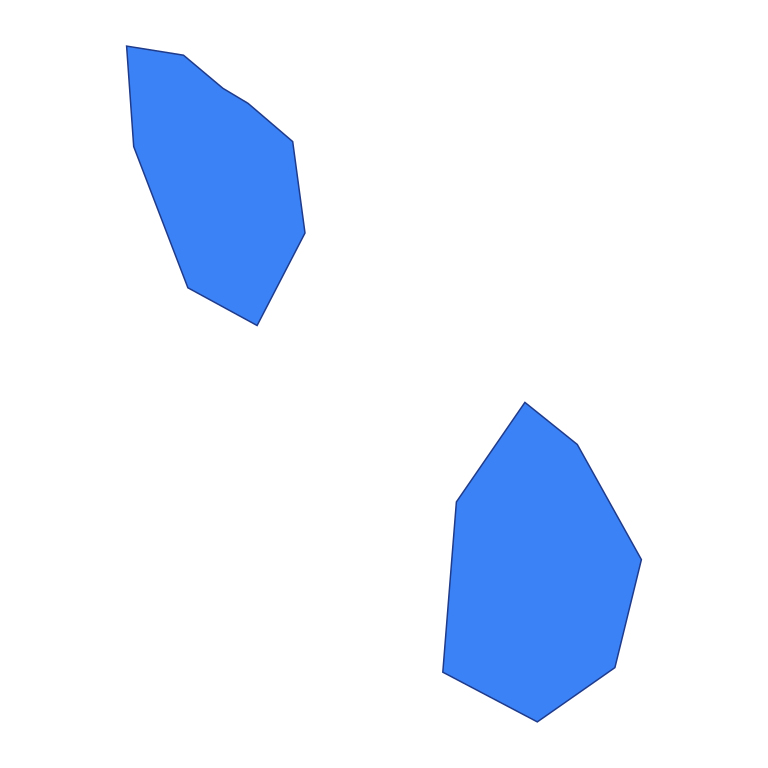 Isles of Scilly, orthographic projection
{"feature_id": "GBR-5988", "entity_name": "Isles of Scilly", "entity_type": "Unitary Single-Tier County", "adm_level": 1, "iso_a3": "GBR", "parent_name": "United Kingdom", "parent_adm1": "", "projection": "orthographic", "projection_center": [-6.319, 49.937], "detail": "fine", "context": "isolated", "style": "filled", "palette": "blue", "viewbox_px": 768, "rotation_deg": 0, "n_neighbors": 0, "source": "natural_earth", "source_scale": "10m", "svg_char_len": 346}
<svg xmlns="http://www.w3.org/2000/svg" viewBox="0 0 768 768"><path d="M524.9,402.4L577.3,444.5L641.4,559.6L614.9,667.6L537.3,721.9L442.8,672.2L456.4,501.9L524.9,402.4ZM248.1,103.4L292.7,141.6L305.0,233.0L257.1,325.5L187.9,287.8L133.7,146.6L126.6,46.1L183.5,55.2L222.9,88.3L248.1,103.4Z" fill="#3b82f6" stroke="#1e3a8a" stroke-width="1.5"/></svg>